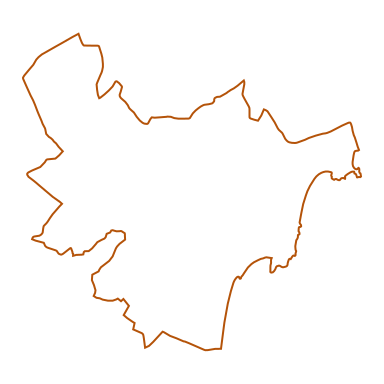 Hoang Mai, Nghệ An, Vietnam (Mercator projection)
{"feature_id": "81297802B46675680885513", "entity_name": "Hoang Mai", "entity_type": "district", "adm_level": 2, "iso_a3": "VNM", "parent_name": "Vietnam", "parent_adm1": "Nghệ An", "projection": "mercator", "projection_center": [105.717, 19.266], "detail": "fine", "context": "isolated", "style": "outline", "palette": "amber", "viewbox_px": 384, "rotation_deg": 0, "n_neighbors": 0, "source": "geoboundaries", "source_scale": "gbopen_adm2", "svg_char_len": 5917}
<svg xmlns="http://www.w3.org/2000/svg" viewBox="0 0 384 384"><path d="M359.0,150.0L357.7,146.7L356.5,142.7L354.8,137.4L353.8,135.2L352.6,130.8L352.0,127.1L351.1,124.2L350.3,122.7L349.9,122.6L349.0,122.6L347.9,123.0L342.1,125.6L330.7,131.5L327.2,132.9L325.7,133.3L322.8,133.7L315.8,135.6L308.8,138.0L305.0,139.8L297.5,142.5L296.5,142.8L294.9,143.0L293.4,142.9L292.2,142.9L289.3,142.3L288.0,141.7L286.7,140.6L285.2,138.8L282.6,133.6L281.9,132.6L281.3,132.1L278.8,129.8L277.7,128.2L274.7,122.4L271.5,117.4L267.5,111.3L266.6,110.7L266.0,110.3L264.9,109.8L263.9,109.4L261.3,115.5L258.7,119.6L258.0,120.7L254.2,119.7L250.6,118.5L249.9,118.0L249.6,117.6L249.5,116.7L249.5,109.7L249.4,108.0L248.8,106.5L244.5,98.8L243.2,96.3L242.6,94.9L242.5,93.8L244.3,84.3L244.3,82.0L243.8,80.5L237.6,85.7L233.8,88.4L230.4,90.2L229.5,90.9L228.2,91.7L226.4,93.1L220.0,96.7L217.1,96.9L216.2,97.3L215.2,97.8L214.6,98.3L214.4,98.8L214.2,99.6L214.2,100.9L214.0,101.5L213.5,102.0L213.0,102.7L212.1,103.4L208.9,104.2L204.3,104.8L203.0,105.3L202.1,105.8L200.8,106.5L198.3,108.3L195.6,110.5L192.8,113.4L190.5,117.0L190.0,117.9L189.2,118.4L188.4,118.6L178.6,118.7L174.3,118.1L170.8,116.8L167.2,116.6L166.7,116.8L160.3,117.3L154.7,117.7L152.1,117.4L151.7,117.4L150.3,119.2L148.1,123.3L147.5,123.8L146.5,123.9L144.3,123.6L142.6,122.8L139.8,120.5L136.7,116.8L133.9,112.5L131.4,110.3L130.0,109.0L129.2,108.1L127.8,105.2L125.3,101.9L121.5,98.6L120.7,97.8L119.9,96.5L119.7,95.7L119.7,94.6L120.7,91.7L122.0,87.0L121.8,86.3L119.1,83.1L116.7,81.3L116.2,81.3L115.4,81.7L112.6,86.5L108.7,90.6L104.5,94.4L100.3,97.7L99.2,98.2L97.9,94.8L97.1,89.8L96.6,84.4L97.2,82.7L100.4,75.1L101.5,72.7L102.1,70.9L102.9,67.0L102.9,63.9L102.3,57.6L101.4,53.9L100.1,49.8L99.0,46.3L98.6,46.0L98.2,45.8L97.5,45.7L87.6,45.6L83.9,45.5L83.1,44.8L82.0,43.0L80.5,39.4L78.5,33.8L72.5,37.0L61.5,43.3L55.6,46.6L41.9,54.4L38.7,57.0L38.0,57.7L37.5,58.3L36.3,59.6L33.3,64.8L29.6,69.1L24.2,75.6L23.1,77.5L23.0,77.8L23.1,78.6L23.3,79.2L26.4,86.2L30.6,95.5L33.1,100.3L35.0,104.8L37.3,110.9L38.6,114.1L41.5,120.8L42.6,123.8L45.0,128.3L45.3,129.3L45.5,130.4L46.2,133.9L48.9,136.9L50.7,138.0L52.6,139.7L53.9,141.5L56.1,143.4L58.6,146.8L62.8,151.3L59.2,155.3L55.5,158.5L55.3,158.6L47.2,159.4L46.5,159.8L46.1,160.2L44.8,162.3L40.3,167.0L32.1,170.5L28.6,172.3L28.0,172.7L27.5,173.3L27.2,173.8L27.2,174.4L27.3,174.9L27.6,175.3L28.5,176.8L33.5,180.6L36.2,182.8L39.9,186.0L52.8,196.9L60.0,202.0L62.0,203.8L59.2,206.7L54.7,211.9L52.6,214.3L49.8,218.3L47.7,221.6L46.4,223.3L44.4,225.3L43.7,226.1L43.6,226.4L43.2,228.4L42.7,232.4L42.3,233.3L41.7,234.0L40.9,234.8L40.4,235.1L39.4,235.7L34.3,236.5L33.5,236.8L33.0,237.2L32.5,238.0L32.1,239.2L35.5,240.6L43.8,242.8L45.1,245.8L46.2,246.9L46.8,247.3L48.0,247.8L55.8,250.4L56.7,250.9L58.5,253.5L59.2,254.0L60.9,254.6L61.3,254.6L61.7,254.5L63.2,253.7L69.8,248.5L70.4,248.1L71.1,248.3L72.4,251.8L72.6,253.3L73.1,253.7L73.1,255.8L76.3,254.9L81.6,254.7L83.3,254.4L83.8,252.1L84.8,251.2L88.7,251.1L92.1,248.4L95.9,244.0L97.3,242.2L101.5,239.9L104.4,238.6L105.6,237.3L106.7,233.8L109.1,232.9L110.1,232.5L111.3,230.5L112.7,230.2L113.9,230.6L116.5,231.3L119.5,231.2L121.0,231.0L122.1,231.5L122.9,232.1L123.4,232.4L124.7,233.2L124.9,234.1L124.9,235.4L125.1,239.6L119.6,243.8L117.1,246.5L115.9,248.4L112.6,256.5L111.7,257.6L109.2,260.9L100.9,267.3L99.3,269.7L98.6,271.4L92.3,274.7L91.9,280.1L94.0,285.2L94.9,288.3L95.5,290.2L95.1,292.9L93.7,296.0L96.5,297.8L99.8,298.3L102.6,299.6L108.1,300.7L112.6,300.7L116.1,299.5L117.8,298.6L121.0,301.2L123.4,299.0L128.9,305.9L123.7,315.1L127.2,318.1L132.7,321.9L134.6,323.0L133.2,329.4L141.9,333.2L143.1,334.4L143.5,336.1L143.9,338.6L145.1,347.7L149.0,345.9L153.2,341.9L162.6,331.7L163.9,332.2L170.1,335.9L176.5,338.3L183.7,341.4L184.8,341.5L189.0,343.2L204.1,349.8L205.4,350.2L207.9,350.1L215.0,348.9L221.0,348.8L223.3,330.8L224.4,322.5L227.8,303.6L230.9,291.1L233.4,282.9L234.0,281.4L235.0,279.6L236.3,277.9L237.1,277.1L237.7,276.8L238.3,276.7L238.9,276.9L239.2,277.6L239.5,278.3L239.8,278.7L240.5,278.7L240.9,278.3L241.1,277.3L241.5,276.6L242.7,275.3L243.9,273.4L247.9,267.5L251.4,264.1L253.9,262.3L257.8,260.3L260.8,258.9L263.1,258.4L265.0,257.6L266.4,257.3L271.7,258.1L271.1,259.6L271.0,261.0L271.1,262.3L271.0,263.4L270.5,265.3L270.4,267.1L270.4,270.3L270.3,271.4L270.5,272.2L271.2,272.6L272.8,272.3L274.1,271.1L275.3,269.2L276.1,267.1L276.8,266.3L279.0,265.6L280.0,265.9L281.6,266.9L283.0,267.3L284.3,267.0L285.9,266.6L286.9,266.0L287.5,265.0L287.7,263.2L288.2,261.3L288.9,259.4L289.5,258.9L290.1,258.8L290.7,259.1L291.0,258.7L291.8,257.3L292.5,256.3L293.1,255.7L293.9,255.5L294.6,255.9L295.2,255.7L295.6,255.0L295.5,253.6L295.8,252.6L296.2,251.1L295.6,249.9L295.4,247.9L295.3,246.1L296.3,240.2L297.1,239.1L297.6,238.1L297.9,237.0L297.9,235.7L298.1,234.9L299.1,234.5L299.5,234.1L299.5,233.4L299.3,232.4L298.6,231.3L298.6,230.0L298.8,227.8L299.2,227.1L300.4,226.9L301.1,226.4L301.1,225.6L300.9,224.8L300.0,223.7L299.6,222.5L301.3,213.2L303.2,204.0L305.9,195.4L307.4,191.2L310.0,185.9L314.4,178.9L316.3,176.5L318.8,174.3L321.4,172.8L323.5,172.0L325.8,171.5L327.9,171.5L330.7,172.1L331.5,172.4L331.8,173.0L331.7,173.8L331.2,175.2L331.3,175.9L331.8,176.6L331.7,177.4L331.8,178.4L333.1,179.3L334.1,179.8L334.6,179.5L335.2,179.1L336.2,179.0L337.9,179.9L339.0,180.2L339.7,180.1L340.3,179.5L340.9,178.6L341.6,178.2L343.0,178.0L343.8,178.1L344.4,178.6L345.0,178.8L345.2,178.2L345.1,177.2L345.0,176.5L345.4,175.8L347.6,174.1L350.5,172.3L352.0,171.7L353.2,171.6L354.1,171.7L354.3,172.2L354.3,172.9L354.5,173.5L355.6,173.9L356.1,174.5L356.8,176.6L357.0,177.3L357.6,177.4L358.7,177.0L360.3,177.1L361.0,176.5L360.8,175.2L360.5,173.5L359.7,172.9L359.2,171.7L359.3,170.4L359.3,169.3L359.1,168.4L358.5,167.9L357.8,168.4L357.3,169.1L356.5,169.3L355.2,168.9L354.0,167.8L353.0,166.1L352.6,164.1L352.6,162.0L353.6,155.3L354.1,153.0L354.4,152.0L355.1,151.1L356.3,150.8L358.2,150.6L359.0,150.0Z" fill="none" stroke="#b45309" stroke-width="2"/></svg>